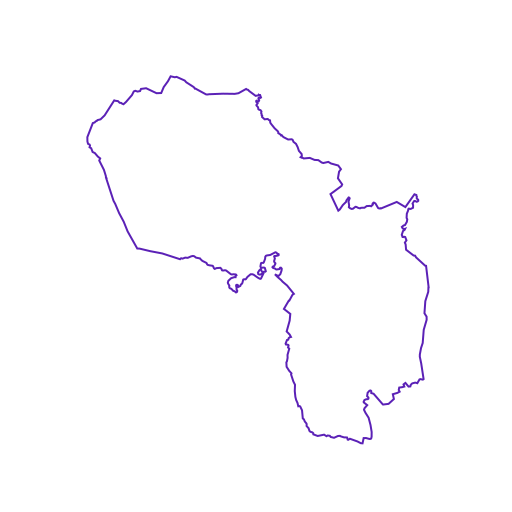 the district of Grāveru pag., Aglonas, Latvia, rotated 104°
{"feature_id": "27541924B82032985792031", "entity_name": "Grāveru pag.", "entity_type": "district", "adm_level": 2, "iso_a3": "LVA", "parent_name": "Latvia", "parent_adm1": "Aglonas", "projection": "albers", "projection_center": [27.156, 56.054], "detail": "fine", "context": "isolated", "style": "outline", "palette": "violet", "viewbox_px": 512, "rotation_deg": 104, "n_neighbors": 0, "source": "geoboundaries", "source_scale": "gbopen_adm2", "svg_char_len": 6116}
<svg xmlns="http://www.w3.org/2000/svg" viewBox="0 0 512 512"><g transform="rotate(104 256 256)"><path d="M345.2,74.7L343.8,74.7L342.3,74.0L341.7,73.4L340.4,71.0L340.3,70.5L340.4,68.7L336.2,67.5L335.7,66.7L335.6,64.2L334.9,63.6L320.3,69.7L314.1,72.7L311.9,73.2L305.4,73.6L300.1,73.2L287.0,75.4L276.6,75.0L273.6,75.8L270.8,78.7L258.8,80.8L249.1,80.2L244.8,81.1L244.7,80.9L224.4,88.6L224.5,89.5L220.6,96.7L218.6,100.4L217.2,101.7L217.4,103.2L213.6,111.9L208.6,113.6L207.0,114.8L204.4,113.8L201.5,115.8L201.5,117.1L202.0,117.6L202.1,118.4L200.2,119.7L196.2,119.4L194.6,118.1L193.6,117.9L193.9,118.3L193.8,120.3L192.5,121.5L190.7,120.2L189.9,118.9L186.4,117.9L183.8,118.1L182.6,119.1L178.5,119.9L175.0,119.4L173.7,119.6L173.0,119.1L173.1,118.0L172.9,117.3L171.2,115.3L168.5,115.9L167.3,116.8L164.5,115.9L164.1,115.2L164.5,113.2L163.9,112.3L163.2,111.9L162.1,112.3L161.5,113.6L161.0,114.1L159.4,114.3L158.7,115.0L158.0,115.2L157.8,117.2L172.4,122.9L169.5,132.5L179.7,146.3L179.5,146.7L180.1,147.9L179.9,149.1L176.2,152.7L175.7,154.1L175.8,154.9L176.9,155.5L177.8,155.5L177.6,155.1L178.0,155.1L179.9,156.3L179.8,157.5L180.8,160.7L182.9,162.4L183.8,165.7L184.6,166.6L184.6,168.4L184.1,170.5L184.2,171.4L186.7,173.4L187.2,174.6L186.9,176.3L186.2,177.7L184.2,177.9L180.9,179.4L177.3,179.1L176.8,179.8L176.8,180.3L180.2,181.7L181.7,181.7L185.6,184.1L190.7,186.0L192.1,187.1L177.9,198.7L167.4,190.0L165.7,189.7L160.8,195.3L154.1,195.8L151.2,194.6L148.3,198.1L148.1,205.6L147.2,208.6L149.5,213.2L149.4,214.9L147.9,218.7L148.6,222.5L147.8,227.5L149.8,233.3L149.5,234.3L149.6,235.4L149.3,236.6L147.9,235.7L146.0,236.4L143.6,239.8L140.3,241.9L137.5,244.3L136.2,247.2L134.4,248.6L134.1,249.6L135.2,253.0L134.1,257.7L133.5,259.1L132.6,260.1L132.5,260.6L132.9,260.9L132.1,261.9L131.4,264.1L130.5,264.3L129.7,265.0L127.6,268.8L124.5,272.9L123.2,274.4L121.0,275.2L121.0,276.2L120.2,277.8L121.3,280.7L119.6,283.8L118.4,283.9L117.9,284.7L117.0,284.8L116.1,285.6L114.4,285.7L113.4,286.9L113.3,288.4L113.0,289.2L111.2,290.0L109.8,292.0L109.1,292.1L107.5,291.3L107.0,291.6L106.3,293.1L105.5,293.3L105.2,293.1L105.6,291.4L105.3,290.8L104.0,290.6L103.0,291.7L101.9,291.7L101.6,291.4L101.6,290.1L101.0,289.5L98.8,291.0L99.0,292.0L98.9,292.3L99.4,292.3L100.7,295.1L97.6,302.5L96.7,303.9L96.7,305.0L96.3,306.0L102.3,312.4L103.8,315.8L106.5,327.3L110.4,340.7L110.9,341.8L111.3,343.5L108.1,355.7L108.3,355.9L107.2,357.2L104.3,365.7L103.0,367.6L101.4,376.4L102.2,378.0L102.3,382.3L107.7,383.7L114.4,386.4L120.8,387.4L122.1,391.9L119.8,403.2L121.7,408.0L124.0,408.4L125.1,410.7L124.9,413.1L125.9,414.4L129.9,415.3L138.0,419.4L140.8,421.3L140.6,422.7L140.1,423.8L140.3,425.4L139.1,427.4L139.4,429.9L139.3,431.2L156.2,436.9L161.0,439.9L162.5,442.7L163.5,443.2L164.1,444.1L165.5,444.9L166.5,446.5L181.5,448.4L185.6,447.3L187.8,446.1L188.1,444.5L188.9,443.8L190.8,443.8L191.3,442.0L194.6,439.7L195.1,437.3L197.8,433.5L199.0,430.8L201.3,431.2L209.2,424.4L214.8,421.0L216.1,420.6L216.6,419.9L216.9,420.1L236.9,407.6L239.5,405.2L247.5,399.2L254.8,392.6L263.2,386.5L277.5,373.0L277.0,370.9L276.9,359.8L276.2,347.6L277.5,328.9L276.3,328.1L276.3,326.6L274.7,324.3L274.3,321.8L272.0,318.8L271.2,317.2L271.2,315.8L272.1,313.8L271.9,309.7L272.4,309.2L273.7,306.9L274.7,302.4L276.0,301.3L276.3,300.6L276.3,298.8L276.0,295.8L276.3,295.2L278.1,293.8L278.5,292.9L277.3,291.4L276.1,287.7L276.8,286.5L278.1,285.5L278.1,284.5L277.3,282.6L277.3,281.5L279.7,276.1L279.8,275.0L279.2,273.6L278.8,271.4L278.9,270.8L279.4,270.3L280.3,270.9L281.5,270.7L281.8,272.0L283.6,274.8L286.7,276.8L288.6,276.9L289.4,276.5L291.2,274.7L292.6,274.5L293.4,273.9L293.7,273.2L293.8,272.0L295.3,269.7L295.4,268.2L296.2,266.6L295.7,265.9L294.4,265.7L293.1,266.8L291.1,267.3L289.8,268.1L288.9,268.1L288.5,267.5L288.7,266.5L289.2,266.2L290.1,266.4L290.4,265.8L288.9,264.0L287.4,263.8L286.2,262.9L285.4,262.7L282.0,262.7L281.4,261.9L281.3,260.7L281.0,260.3L278.3,259.2L275.0,256.8L274.6,255.0L274.7,253.8L276.5,249.2L277.1,247.0L277.1,246.2L276.7,245.7L271.3,244.6L271.2,245.3L272.9,247.2L273.2,248.1L273.0,249.4L271.6,250.1L269.1,249.3L267.4,248.2L269.6,246.7L269.9,246.1L269.0,243.2L268.4,242.8L265.5,244.5L265.3,245.1L265.4,245.9L266.1,247.9L265.8,248.6L265.0,249.2L261.8,249.4L261.3,248.8L260.9,247.2L260.2,246.9L256.6,246.5L254.4,246.8L253.4,246.4L252.8,245.5L251.6,242.5L247.7,238.1L247.8,237.0L248.6,235.9L248.7,234.6L249.5,234.2L250.0,234.5L250.9,236.1L251.5,238.0L251.9,238.3L253.9,237.1L256.6,237.2L257.7,236.5L258.3,235.5L258.8,235.3L261.3,235.9L262.3,237.2L262.9,237.3L263.5,236.4L263.5,234.8L264.1,233.5L264.1,232.7L263.0,230.1L261.6,229.8L261.3,229.1L261.6,228.5L262.2,227.9L264.0,227.7L267.7,228.0L269.6,229.1L269.9,230.2L269.2,233.2L271.3,229.7L273.2,225.9L274.5,224.0L277.1,218.7L283.6,210.1L284.8,211.2L291.3,212.9L291.4,213.4L300.6,216.1L303.9,208.7L310.6,207.7L321.8,208.0L324.1,204.3L326.1,202.5L326.7,203.6L327.7,204.4L329.4,204.5L330.0,205.6L333.8,206.1L334.6,205.6L334.4,203.6L334.5,203.1L335.1,202.7L337.0,202.8L337.9,201.3L344.3,201.5L347.2,200.7L350.6,200.5L351.9,200.8L356.1,199.5L359.4,196.0L361.3,193.2L362.5,193.3L368.7,189.4L371.5,187.0L377.7,185.7L383.2,183.7L386.0,182.2L388.5,180.2L391.6,178.6L391.1,177.5L391.3,176.7L394.6,174.0L402.3,171.3L402.9,170.0L404.8,168.6L406.1,166.8L406.8,166.2L408.7,165.8L410.4,163.3L412.7,161.9L413.4,160.7L413.5,158.6L414.1,157.6L415.2,157.2L415.7,152.6L412.9,146.7L413.8,144.0L412.8,143.0L412.6,140.9L413.5,139.8L413.5,136.3L410.8,132.9L410.2,131.0L410.5,130.1L410.7,126.5L410.3,125.1L410.1,123.7L412.0,122.6L412.0,122.0L410.6,120.7L411.4,112.7L412.3,109.0L412.0,107.3L406.6,107.5L406.0,105.2L406.1,101.7L405.7,100.5L405.2,100.1L403.4,100.1L398.8,101.2L392.3,104.0L385.7,107.6L381.6,111.9L379.1,114.0L377.5,113.9L373.8,112.0L372.0,116.0L371.5,116.3L369.5,115.9L368.4,114.5L367.8,112.8L367.2,112.4L366.1,112.7L365.1,114.3L361.7,114.6L359.3,113.3L358.8,112.5L358.9,111.9L359.2,111.5L361.1,111.0L361.2,108.6L369.3,97.1L369.4,96.8L367.4,91.6L361.4,87.6L357.0,89.8L354.7,85.8L352.9,83.8L351.4,85.1L349.0,85.2L347.9,82.4L346.8,80.5L344.9,81.8L343.0,80.3L345.8,76.4L345.2,74.7Z" fill="none" stroke="#5b21b6" stroke-width="2"/></g></svg>